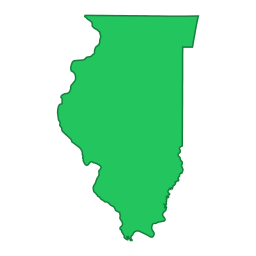 SVG path tracing the border of Illinois
{"feature_id": "USA-3546", "entity_name": "Illinois", "entity_type": "State", "adm_level": 1, "iso_a3": "USA", "parent_name": "United States of America", "parent_adm1": "", "projection": "mercator", "projection_center": [-89.31, 39.745], "detail": "fine", "context": "isolated", "style": "filled", "palette": "green", "viewbox_px": 256, "rotation_deg": 0, "n_neighbors": 0, "source": "natural_earth", "source_scale": "10m", "svg_char_len": 5714}
<svg xmlns="http://www.w3.org/2000/svg" viewBox="0 0 256 256"><path d="M86.8,165.3L85.5,164.8L84.6,163.6L83.2,160.6L83.3,160.1L83.3,159.4L83.1,158.8L82.8,158.3L82.7,157.7L82.8,157.2L83.0,156.8L83.2,156.3L83.0,155.9L82.5,155.0L82.3,154.5L82.3,154.0L82.3,152.9L82.3,152.3L82.1,151.5L81.7,150.6L80.9,149.2L80.2,148.2L79.5,147.5L72.3,142.1L71.8,141.7L71.6,141.1L71.5,140.2L71.1,139.5L70.6,138.9L62.8,131.7L62.1,130.6L61.7,129.3L61.7,128.3L61.6,127.9L61.4,127.5L60.6,126.6L60.4,126.1L59.9,125.6L59.8,125.4L59.8,124.9L60.0,123.7L60.1,122.7L60.0,122.3L59.9,122.0L59.8,121.7L59.6,121.4L59.1,120.8L58.6,120.1L58.5,119.5L57.6,112.7L57.7,110.8L57.9,109.1L58.3,107.0L59.1,105.2L60.0,104.3L61.9,103.8L62.2,103.4L62.1,102.8L62.0,101.7L62.0,101.0L62.2,99.7L62.1,99.0L61.9,98.3L61.0,97.5L60.9,97.2L61.0,96.8L61.3,96.3L61.3,96.0L61.9,95.3L63.1,94.5L64.5,93.9L65.5,93.6L66.8,93.5L68.0,93.1L69.1,92.3L69.9,91.1L70.5,89.4L70.7,88.5L70.8,86.7L70.9,86.0L71.3,85.4L71.8,84.6L74.9,81.0L75.5,79.5L75.6,77.5L75.4,75.6L74.8,73.9L73.9,72.7L72.4,71.4L71.9,71.2L71.3,70.9L70.9,70.0L70.8,68.9L70.8,68.1L71.0,66.3L71.5,64.5L72.1,62.8L72.9,61.6L74.1,60.7L83.1,60.0L84.4,59.5L85.1,58.9L86.3,57.5L86.9,57.2L90.0,56.7L91.3,56.1L91.9,55.7L92.2,55.1L92.5,54.8L93.8,54.0L94.3,53.5L94.5,53.1L94.5,52.7L94.5,51.7L94.5,51.4L94.4,51.2L94.7,50.2L94.9,49.3L95.2,48.4L95.6,47.5L96.0,46.9L96.5,46.5L97.8,45.4L98.3,45.2L98.8,44.8L99.2,43.9L99.7,42.0L99.9,39.5L100.5,38.0L100.6,36.2L100.7,35.7L100.0,33.8L99.9,33.2L99.9,32.6L99.8,32.1L99.6,31.8L99.1,31.7L98.8,31.5L98.1,30.5L97.7,30.2L95.1,28.6L94.6,28.5L94.2,28.2L93.6,27.3L92.5,26.6L92.2,25.7L92.2,23.3L92.2,23.5L91.6,22.1L90.6,21.1L88.0,19.4L87.0,18.5L86.5,17.9L86.0,17.4L85.1,16.9L84.7,16.3L85.1,15.4L90.8,15.4L96.3,15.5L101.8,15.5L118.5,15.7L124.0,15.7L129.6,15.8L146.2,15.9L151.7,16.0L157.3,16.0L162.8,16.1L168.4,16.2L173.9,16.2L185.8,16.2L191.5,16.1L198.4,16.0L197.6,19.2L196.9,22.6L196.1,26.5L195.4,30.3L194.7,34.6L193.7,39.8L193.0,44.1L192.5,47.1L192.0,47.1L191.8,47.1L190.2,47.1L182.7,47.1L182.7,48.9L182.6,54.9L182.6,61.0L182.6,67.0L182.6,73.0L182.6,79.0L182.5,85.0L182.5,91.0L182.5,97.0L182.5,102.9L182.4,114.8L182.4,126.6L182.3,132.5L182.3,138.4L182.3,144.3L182.3,145.8L182.2,146.0L180.3,146.9L179.7,147.5L179.4,148.3L179.5,149.0L180.3,150.4L180.2,152.1L178.2,154.1L178.1,155.6L178.3,156.0L178.5,156.2L179.0,156.5L179.9,157.4L180.2,158.2L180.5,159.7L180.7,160.3L181.1,160.8L182.0,161.6L182.2,162.1L182.2,163.8L182.1,164.2L181.6,164.8L181.5,165.3L181.9,166.8L182.6,168.3L183.0,169.9L182.0,172.9L181.8,173.1L181.5,173.2L181.0,173.2L180.7,173.3L180.2,173.7L179.7,174.4L179.5,175.2L179.6,176.0L179.4,176.4L179.3,176.5L179.2,176.6L179.4,176.6L179.0,176.8L178.6,177.1L178.3,177.6L178.1,178.2L178.2,178.8L178.7,179.7L178.7,180.1L178.5,180.6L178.4,180.5L178.2,180.4L177.9,180.4L177.7,180.6L177.3,181.0L177.1,181.2L176.1,181.7L175.1,182.0L175.1,182.3L175.6,182.8L175.4,183.6L175.0,184.4L174.5,185.0L174.3,185.2L173.6,185.4L173.4,185.6L173.1,186.0L172.9,186.9L172.6,187.4L172.6,187.7L172.5,188.2L172.4,188.7L172.2,188.9L171.9,188.7L171.8,188.3L171.7,187.9L171.4,187.9L171.1,188.2L170.9,188.5L170.7,189.3L170.3,189.0L170.0,188.6L170.0,188.3L169.4,188.5L169.1,189.0L168.9,189.6L168.7,190.3L168.4,190.6L168.1,190.8L167.9,191.1L167.8,191.6L167.9,192.0L168.1,192.3L168.4,192.6L168.5,192.8L168.8,193.2L169.4,193.6L169.7,194.0L169.4,194.7L169.1,194.9L168.5,195.1L168.1,195.3L167.5,196.0L166.7,196.5L167.2,196.7L168.2,196.6L168.7,197.0L168.3,197.4L167.7,197.8L167.2,198.0L166.7,198.1L166.3,198.3L166.7,199.3L166.3,199.8L166.4,200.2L166.6,200.8L166.6,201.4L166.4,201.7L166.1,201.9L166.1,202.4L166.3,203.2L166.4,203.7L166.5,204.1L166.4,204.4L165.9,204.7L165.6,204.7L164.2,204.4L164.7,205.1L166.2,206.5L166.4,207.0L166.1,207.1L165.6,207.2L164.7,207.1L164.6,207.4L164.7,207.6L164.9,207.7L165.5,207.7L166.3,208.0L166.1,208.6L166.1,209.3L165.8,210.2L165.3,210.8L163.5,212.3L163.2,212.8L162.8,213.7L162.6,214.6L162.8,215.4L163.3,216.5L163.5,216.7L164.4,217.7L165.1,219.4L164.8,220.5L163.8,221.1L158.1,222.2L156.2,223.2L155.7,223.4L154.3,223.4L153.7,223.5L153.1,223.7L152.7,224.2L152.4,224.7L151.8,226.3L151.7,227.9L151.9,229.3L152.6,230.6L153.6,232.0L154.1,233.2L154.1,234.4L153.5,236.0L152.5,237.0L151.4,237.1L150.1,236.8L147.9,235.3L139.3,231.2L137.8,230.9L136.3,231.0L135.0,231.6L134.0,232.5L133.6,232.9L132.6,234.9L131.5,236.1L130.8,237.4L130.9,238.4L131.5,239.3L132.5,240.6L131.9,240.3L131.6,240.4L131.3,240.5L130.9,240.6L130.5,240.5L130.2,240.2L130.1,239.8L130.0,239.4L129.9,238.9L129.6,238.7L129.0,238.3L128.7,238.0L128.6,237.7L128.5,236.7L128.3,236.5L127.5,236.5L127.0,236.6L126.8,237.0L127.1,237.9L127.4,238.2L127.7,238.4L127.9,238.8L128.0,239.4L127.8,239.8L127.4,239.8L126.2,239.2L124.6,237.9L124.1,237.3L124.3,236.2L123.9,235.1L122.6,233.3L121.9,232.0L121.6,231.4L121.5,230.7L121.6,230.2L121.1,229.8L120.8,229.7L120.2,229.4L120.0,227.8L121.0,226.6L122.1,225.6L122.6,224.2L122.3,222.5L121.6,221.1L120.7,219.9L120.0,218.5L119.9,217.7L120.0,217.0L120.2,216.3L120.3,215.6L120.1,214.9L119.9,214.2L119.8,213.6L120.0,213.1L119.2,212.3L116.2,210.9L115.5,210.1L114.6,207.9L113.8,206.8L113.1,206.3L111.1,205.5L110.4,204.9L108.6,203.1L107.6,202.3L106.5,202.0L106.1,201.8L105.0,201.9L104.5,201.5L102.8,200.1L101.7,199.7L100.8,198.9L100.1,197.9L99.3,197.0L98.1,196.4L97.5,195.9L97.3,195.3L97.1,194.9L96.2,194.0L96.0,193.6L94.3,192.1L94.0,191.8L93.8,191.4L93.6,190.9L93.5,190.3L93.2,188.4L93.3,186.9L93.8,185.7L95.3,183.2L96.9,178.7L98.5,176.2L99.0,174.9L99.0,173.3L98.9,171.7L98.9,170.7L99.4,170.2L99.8,169.9L100.4,168.9L100.9,167.9L101.2,167.2L100.6,166.2L99.4,165.1L96.3,163.4L94.7,162.9L94.0,162.8L93.4,162.7L92.3,162.0L91.7,161.7L90.2,162.1L88.2,164.7L86.8,165.3Z" fill="#22c55e" stroke="#15803d" stroke-width="1.5"/></svg>